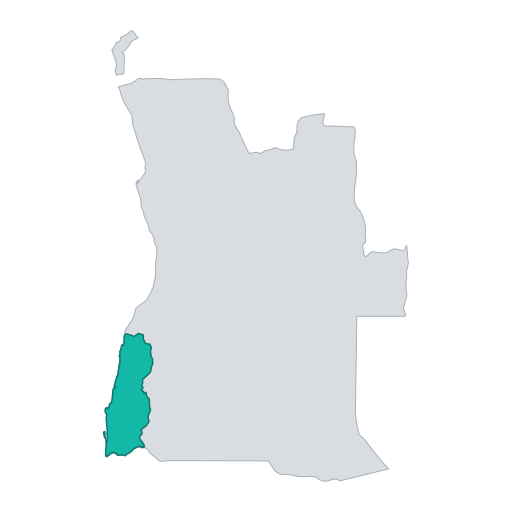 Namibe highlighted on a map of Angola
{"feature_id": "AGO-1893", "entity_name": "Namibe", "entity_type": "Province", "adm_level": 1, "iso_a3": "AGO", "parent_name": "Angola", "parent_adm1": "", "projection": "equal_earth", "projection_center": [12.66, -15.394], "detail": "fine", "context": "in_parent", "style": "filled", "palette": "teal", "viewbox_px": 512, "rotation_deg": 0, "n_neighbors": 0, "source": "natural_earth", "source_scale": "10m", "svg_char_len": 8040}
<svg xmlns="http://www.w3.org/2000/svg" viewBox="0 0 512 512"><path d="M406.7,245.7L407.2,250.0L407.6,256.1L408.0,260.4L408.3,262.4L408.4,263.4L408.0,264.5L407.6,267.1L406.9,269.4L406.5,271.1L406.7,274.0L406.1,282.7L405.9,287.0L406.8,294.7L406.6,297.1L404.5,304.2L403.8,307.7L403.7,309.6L405.7,314.8L405.6,315.9L404.0,316.2L402.6,316.3L356.8,316.3L355.5,406.1L355.4,413.7L356.7,423.8L359.2,434.7L360.3,435.7L362.9,437.8L366.6,441.9L368.7,445.0L372.9,450.4L378.4,457.3L388.5,468.9L353.8,477.5L340.6,480.7L339.4,480.6L337.4,479.4L333.2,479.2L328.2,480.8L324.2,481.3L321.3,480.5L318.5,479.1L315.7,477.0L310.9,476.2L304.0,476.8L297.4,476.3L291.1,474.9L286.5,474.4L283.7,474.7L280.8,474.2L277.7,473.0L275.1,470.9L272.0,466.6L269.5,462.4L268.9,461.8L268.1,461.2L267.4,461.0L253.7,460.8L170.4,460.6L160.8,461.3L160.0,461.2L158.8,460.7L158.0,459.7L155.3,457.4L152.9,455.6L149.7,452.6L147.6,449.2L145.8,448.2L142.7,447.6L140.4,447.0L138.5,446.9L135.1,448.4L132.6,450.0L130.8,451.5L127.6,453.2L125.0,454.9L120.4,454.7L119.4,454.9L116.8,454.8L114.4,453.3L112.0,453.4L109.3,455.3L105.4,456.1L106.3,443.7L107.2,438.2L107.2,431.7L106.6,414.7L106.0,412.4L105.5,409.6L107.9,407.5L109.1,405.9L110.8,403.1L112.0,399.2L113.4,390.4L118.4,370.3L120.8,350.6L123.9,341.2L125.0,330.7L133.6,317.2L135.7,308.8L140.1,304.7L146.3,300.4L150.8,292.6L153.0,287.2L155.4,276.9L155.4,266.1L157.0,251.8L156.7,247.6L154.3,241.9L153.9,237.8L151.8,233.7L149.4,230.7L148.4,225.3L144.3,216.7L143.2,211.0L141.3,206.8L141.0,201.8L140.0,196.4L138.0,191.1L136.1,185.0L136.1,183.1L137.3,180.8L138.4,180.1L138.0,181.2L137.3,182.6L137.5,183.7L145.0,173.0L145.5,170.9L145.2,168.6L145.2,165.7L145.5,162.4L138.4,142.8L132.7,124.4L131.8,115.2L124.3,103.0L121.3,95.1L119.6,89.5L118.4,87.4L118.8,86.4L120.8,86.1L125.1,84.8L131.0,83.4L136.4,80.2L137.9,78.8L140.7,78.5L143.7,79.3L144.8,78.7L145.4,78.7L152.3,78.7L155.1,78.4L160.5,78.5L163.8,78.8L165.7,79.1L170.9,79.7L177.3,79.6L179.6,79.3L188.0,79.1L203.9,78.7L212.1,78.8L218.5,78.8L221.3,79.9L224.0,82.1L225.2,84.1L225.7,85.0L226.5,87.1L227.9,88.8L228.4,91.4L228.0,94.9L228.2,99.1L229.0,104.0L230.7,109.1L233.4,114.5L234.5,118.8L234.1,121.9L234.9,125.3L236.9,128.8L238.3,130.7L239.1,132.1L241.4,137.5L248.5,152.6L249.6,153.4L251.2,153.1L254.5,152.5L257.8,152.3L260.2,153.7L261.2,153.4L264.7,150.9L268.3,150.1L272.0,149.0L274.0,147.9L276.2,148.0L282.3,150.0L283.4,150.1L288.3,150.1L293.2,149.0L294.0,140.3L294.1,138.6L295.3,135.3L296.8,132.5L297.0,129.8L296.9,126.0L298.0,121.5L301.3,117.9L306.7,116.2L309.7,115.9L314.5,114.9L321.7,113.9L324.4,114.0L324.6,114.5L323.0,120.8L323.0,122.8L323.6,124.9L324.8,126.0L339.2,126.2L353.1,126.9L353.9,127.2L354.5,127.7L355.3,130.8L355.1,136.8L353.7,145.6L354.1,153.8L356.4,161.5L356.6,173.2L354.5,189.0L354.1,199.0L355.1,203.2L357.3,207.6L360.7,212.1L363.4,218.1L365.2,225.3L365.8,229.9L365.3,231.8L365.3,235.1L365.8,239.7L365.1,242.8L363.2,244.3L362.6,246.4L363.5,250.4L363.7,254.0L364.9,256.4L365.8,256.5L367.8,255.2L370.1,252.8L372.0,251.8L374.6,251.9L378.2,252.6L384.7,252.9L386.6,252.4L392.7,249.2L394.3,248.9L396.6,249.2L400.0,250.2L403.4,250.4L405.1,249.4L405.2,248.1L405.8,246.3L406.7,245.7ZM138.0,37.6L137.6,38.2L134.9,39.6L131.9,41.0L128.1,46.7L126.1,49.1L125.6,49.7L123.8,51.1L122.5,52.2L122.6,52.9L123.4,53.6L124.3,54.8L124.2,64.0L123.8,73.1L123.4,73.9L120.9,74.2L117.7,74.8L116.6,75.2L116.3,74.3L115.2,71.0L115.8,67.9L116.5,65.5L115.7,60.7L114.1,56.4L112.3,51.0L111.8,50.0L113.2,48.2L115.5,44.4L116.4,42.4L119.0,42.0L119.9,40.6L120.6,38.4L120.9,37.1L123.8,36.0L127.3,34.1L129.2,32.1L131.2,30.8L132.4,30.7L133.2,31.3L135.5,34.8L137.4,37.1L138.0,37.6Z" fill="#d9dde1" stroke="#a8b0b8" stroke-width="1"/><path d="M140.5,446.8L140.1,446.3L139.5,446.4L139.0,446.6L136.4,447.2L135.1,448.2L134.3,448.4L133.8,448.7L133.3,448.9L133.1,449.2L133.1,449.6L133.0,449.9L132.8,450.1L132.3,450.3L132.2,450.4L131.9,450.6L131.7,451.1L131.6,451.4L130.7,451.7L129.7,452.4L128.8,453.3L128.3,453.6L127.7,453.7L127.1,454.0L126.0,455.2L125.5,455.6L125.2,455.6L124.3,455.4L122.9,455.2L122.4,455.0L121.8,454.6L121.6,454.6L121.2,455.0L120.9,455.1L119.3,455.1L117.6,455.3L117.5,455.2L117.4,454.8L117.3,454.5L117.1,454.4L116.8,454.3L116.5,454.1L116.3,453.9L116.1,453.7L116.0,453.2L115.8,452.8L115.6,452.7L115.5,452.8L115.3,453.0L115.0,453.0L114.2,452.7L113.8,452.5L113.6,452.6L112.3,452.8L111.2,453.2L110.2,453.8L109.1,455.0L108.1,455.6L107.6,456.0L107.4,456.4L107.3,456.6L107.0,456.6L106.7,456.6L106.3,456.3L106.0,456.2L105.9,456.2L105.8,455.8L105.6,455.4L105.6,455.0L105.6,454.6L105.8,453.3L105.8,449.0L106.1,446.2L106.3,443.7L106.0,441.3L106.0,440.3L106.4,440.2L106.5,441.6L106.8,442.2L107.2,440.8L107.2,438.3L107.3,437.4L107.1,434.3L107.3,430.9L106.2,418.4L106.2,417.8L106.3,417.2L106.9,415.8L106.3,414.2L105.2,411.9L105.1,410.4L105.5,408.5L105.8,408.2L106.3,407.8L106.8,407.6L107.0,407.7L107.1,408.3L107.4,408.5L107.8,408.4L109.0,406.8L109.2,406.3L109.3,405.9L109.3,404.9L109.4,404.5L109.9,403.7L111.4,402.6L111.7,401.8L111.8,400.9L112.3,398.4L112.6,397.5L112.3,396.6L112.4,395.7L112.7,393.8L112.9,389.9L113.1,389.4L113.3,389.0L114.1,387.9L114.3,387.9L114.7,388.1L114.9,388.1L115.1,387.8L115.2,387.3L115.2,386.7L115.1,386.2L114.7,386.0L114.4,386.1L114.4,385.3L114.6,384.3L115.3,382.3L115.4,381.2L115.5,380.7L115.7,380.4L116.0,380.0L116.2,379.7L116.4,379.2L116.6,377.4L116.6,377.0L116.6,376.8L116.8,376.5L117.0,376.5L117.3,376.4L117.5,376.0L117.7,375.1L118.2,374.0L118.2,373.4L118.1,372.9L118.1,372.2L118.1,371.8L118.3,371.1L118.7,368.7L118.9,366.0L119.0,365.6L119.4,364.7L119.7,363.6L119.9,361.4L120.0,359.3L119.9,358.2L119.7,357.1L119.5,356.6L119.4,356.3L119.4,356.0L119.4,355.8L119.3,355.5L119.2,355.3L119.3,355.1L119.5,355.1L120.0,354.9L120.2,354.6L120.2,354.3L120.3,354.0L120.2,353.7L120.0,353.2L119.7,352.8L119.6,352.3L120.0,351.5L120.1,350.8L120.6,350.0L120.7,349.5L120.8,349.0L120.9,348.5L121.3,347.7L121.4,347.3L121.4,346.2L121.5,345.7L121.7,345.3L122.3,345.0L122.4,344.9L122.6,344.7L122.8,344.8L123.1,345.1L123.3,345.3L123.4,345.2L123.9,344.5L124.0,343.3L124.2,339.9L124.1,336.6L124.2,336.2L124.5,335.4L124.6,335.0L125.4,334.3L125.9,334.0L126.6,333.9L128.8,334.5L130.0,335.0L131.8,335.3L132.8,336.3L133.4,336.5L134.1,336.3L136.7,334.9L137.2,334.6L137.5,334.1L137.9,333.6L138.6,333.5L143.1,334.8L143.4,335.4L143.5,335.9L143.2,337.4L143.1,338.2L143.3,338.9L143.6,339.7L144.5,341.3L145.1,342.8L145.4,343.4L145.9,343.7L147.1,343.6L147.9,343.8L148.8,344.2L149.2,344.3L149.9,344.2L150.3,345.3L150.5,345.9L150.9,346.4L151.2,347.1L151.4,347.9L151.2,348.8L151.1,349.2L150.7,350.1L150.4,352.0L151.1,354.9L150.9,356.0L151.0,356.6L151.5,357.5L151.9,357.8L152.4,358.4L152.7,363.7L151.5,366.7L151.2,368.5L151.2,369.3L151.0,370.0L150.5,371.6L150.0,372.4L149.3,373.4L144.8,377.5L144.3,378.0L143.9,378.2L143.3,378.5L142.8,379.2L142.6,380.1L142.7,382.5L142.7,383.0L142.1,384.3L142.0,384.7L142.0,385.4L142.9,387.5L142.9,388.1L142.7,388.5L141.8,389.2L141.4,389.8L141.5,390.4L141.8,390.8L142.9,391.0L143.4,391.2L143.6,392.0L143.8,392.7L144.2,393.2L144.7,393.2L145.3,392.7L145.8,392.4L146.2,392.9L146.3,393.6L146.5,395.6L146.8,396.3L147.2,397.0L147.7,397.5L148.5,398.0L149.4,399.7L149.5,406.4L150.4,409.2L150.4,410.1L150.2,410.9L148.5,414.9L148.3,415.8L148.1,416.7L148.1,417.5L148.2,418.2L148.8,420.2L148.9,421.2L148.5,422.6L148.3,422.8L148.2,422.9L147.8,423.3L146.2,425.7L145.5,426.4L144.7,427.0L144.4,427.0L144.3,426.9L143.9,427.5L143.6,427.7L143.2,427.8L142.6,428.7L142.3,428.9L142.1,428.9L141.8,429.0L141.7,429.1L141.5,429.3L141.3,429.7L140.9,430.5L141.4,431.1L141.6,431.4L141.8,431.6L142.0,432.0L142.1,432.7L141.8,433.8L141.5,434.6L140.9,435.2L140.4,435.6L139.9,436.2L139.6,436.9L139.5,437.7L139.8,438.6L140.8,440.2L143.4,443.7L144.1,445.3L144.4,446.9L143.8,447.1L143.7,447.1L143.1,447.1L142.5,447.5L142.5,447.2L142.3,447.3L142.0,447.3L141.4,447.2L141.2,447.0L141.0,446.7L140.8,446.5L140.5,446.8ZM104.9,435.4L105.0,436.7L105.2,437.9L105.2,438.3L104.7,437.6L104.4,436.6L103.6,433.4L103.6,432.5L103.8,432.1L104.3,431.6L104.8,431.7L104.8,433.4L104.9,434.1L104.9,435.4Z" fill="#14b8a6" stroke="#0f766e" stroke-width="1.5"/></svg>